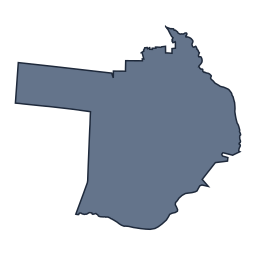 the district of Jiménez, Coahuila, Mexico
{"feature_id": "50627088B62617687912347", "entity_name": "Jiménez", "entity_type": "district", "adm_level": 2, "iso_a3": "MEX", "parent_name": "Mexico", "parent_adm1": "Coahuila", "projection": "orthographic", "projection_center": [-100.845, 29.005], "detail": "fine", "context": "isolated", "style": "filled", "palette": "slate", "viewbox_px": 256, "rotation_deg": 0, "n_neighbors": 0, "source": "geoboundaries", "source_scale": "gbopen_adm2", "svg_char_len": 5349}
<svg xmlns="http://www.w3.org/2000/svg" viewBox="0 0 256 256"><path d="M208.3,186.4L202.2,179.4L205.0,175.8L214.4,163.8L215.4,162.6L227.5,161.1L227.9,157.6L222.5,156.0L221.7,154.3L222.9,152.7L232.7,155.2L233.8,154.6L239.9,151.7L239.0,151.2L238.8,150.9L238.7,150.5L238.8,149.9L238.9,149.5L239.0,148.9L239.5,147.5L239.6,147.3L239.6,147.2L239.8,147.0L240.0,146.7L240.1,146.4L240.2,145.9L240.3,145.6L240.2,145.4L240.2,145.0L240.0,144.6L239.8,144.3L239.7,144.2L239.5,144.3L239.3,144.3L239.2,144.2L239.1,143.8L239.1,143.6L239.2,143.3L239.4,143.1L239.5,142.8L239.9,142.6L240.2,142.4L240.3,142.3L240.4,141.9L240.5,141.4L240.4,140.9L240.3,140.3L240.0,139.7L239.8,139.0L239.7,138.1L239.7,136.2L239.8,135.8L239.8,135.7L240.5,135.0L240.6,134.9L240.6,134.4L240.4,133.7L240.2,133.0L240.0,132.7L239.5,131.7L239.5,131.3L239.6,130.8L239.7,130.2L239.7,129.9L239.2,128.1L238.9,126.9L238.3,125.1L237.8,124.1L237.2,123.3L236.5,120.7L235.9,118.2L235.5,116.1L235.0,112.9L234.9,112.2L234.8,111.4L235.0,108.8L234.9,106.5L234.6,102.6L233.7,99.4L233.1,96.9L232.1,95.3L231.9,94.4L231.6,93.3L230.8,92.1L229.8,90.8L229.1,89.9L228.1,89.1L225.9,88.1L223.5,87.1L223.4,87.1L222.3,86.9L220.5,86.4L220.3,86.4L220.2,86.3L218.9,85.4L217.4,84.5L215.3,83.3L214.7,82.8L214.3,82.3L213.4,81.2L213.0,80.8L212.0,80.0L211.5,79.4L211.0,79.0L210.7,78.5L210.6,78.3L210.6,78.0L210.7,77.6L210.8,77.2L211.0,76.9L211.2,76.3L211.3,75.9L211.2,75.7L210.5,74.9L210.1,74.5L209.4,73.9L208.2,73.3L207.6,73.2L206.9,73.1L206.3,72.9L206.1,72.9L205.2,72.4L204.5,72.1L204.4,72.1L204.1,72.4L203.6,72.0L203.2,71.7L202.8,71.3L202.8,71.2L202.8,69.8L202.7,69.5L202.6,69.3L202.4,69.2L202.2,69.1L201.9,69.0L201.7,69.1L201.4,69.2L201.2,69.1L200.8,68.9L200.6,68.9L200.4,68.7L199.8,68.2L199.7,68.0L199.6,67.7L199.5,67.3L199.3,67.1L199.1,66.9L198.8,66.7L198.7,66.7L198.9,66.2L199.1,65.8L200.6,64.1L201.4,63.0L201.9,62.1L202.0,61.6L202.1,61.0L202.1,60.2L202.0,59.6L201.9,58.9L201.6,58.2L201.1,57.1L200.9,56.9L200.6,56.8L199.7,56.7L199.1,56.9L198.9,56.8L198.7,56.7L198.5,56.1L198.5,55.6L198.5,55.0L198.9,54.0L199.0,53.6L199.2,53.3L199.4,52.8L199.4,52.7L198.9,52.3L198.7,52.0L198.6,51.9L198.4,51.3L198.0,50.3L197.8,50.0L197.5,49.7L197.1,49.5L197.0,49.4L196.9,49.3L196.9,49.1L197.0,48.9L196.6,48.0L196.4,47.4L196.1,46.8L195.8,46.4L195.7,46.3L195.4,46.4L195.2,46.5L193.8,47.2L193.7,47.2L193.2,47.0L192.9,46.8L192.6,46.4L192.4,46.1L192.2,45.5L192.1,45.1L192.0,44.6L192.0,44.1L192.1,43.7L192.4,43.1L192.7,42.4L192.9,41.7L192.9,41.2L192.7,40.5L192.3,40.0L191.8,39.4L191.3,38.8L190.7,38.3L189.9,37.8L189.2,37.5L188.6,37.2L188.0,37.1L187.4,36.9L186.9,36.9L186.3,37.0L186.0,37.0L185.9,36.9L185.8,36.7L185.8,36.2L185.8,35.9L186.1,35.6L186.4,35.3L186.7,34.7L186.8,34.3L186.9,34.1L186.9,33.8L186.8,33.5L186.6,33.2L186.4,33.0L186.0,33.0L185.5,33.0L185.2,33.0L184.7,33.2L184.1,33.6L183.6,33.9L183.2,34.0L182.7,34.0L181.6,33.9L181.1,33.9L180.7,34.1L180.3,34.1L179.9,34.0L179.4,33.8L178.1,33.0L178.0,32.9L177.8,32.6L177.7,32.3L177.5,31.9L177.2,31.6L176.8,31.4L176.5,31.2L176.0,30.7L175.8,30.5L175.5,30.2L175.4,30.2L175.0,30.2L174.7,30.3L174.1,30.1L173.9,29.8L173.9,29.5L173.8,29.2L173.6,29.0L173.4,28.8L173.2,28.8L172.9,28.7L172.5,28.8L172.2,28.8L171.8,28.8L171.3,28.6L171.2,28.6L170.9,28.8L169.6,28.4L167.1,27.5L166.4,27.2L165.8,26.8L165.7,26.7L165.7,26.8L166.1,27.1L166.7,27.5L166.8,28.2L168.0,29.5L169.9,33.3L171.6,36.4L173.0,37.7L172.4,39.3L172.1,39.4L172.1,41.0L172.5,40.9L172.5,41.6L172.4,41.9L172.5,41.8L172.8,42.6L173.7,42.5L174.0,42.3L175.1,41.7L175.4,42.2L175.4,48.2L172.0,48.6L172.0,53.3L168.3,53.0L165.6,52.9L165.5,46.3L161.6,46.8L161.0,47.3L158.5,47.2L157.4,47.1L155.6,47.1L155.8,48.2L152.3,48.2L152.4,49.4L149.7,49.3L149.7,47.6L149.4,47.6L148.9,48.2L147.7,48.8L147.5,48.6L147.4,48.1L147.2,47.5L144.7,47.8L144.4,48.7L144.2,49.2L144.0,49.6L143.6,50.1L143.7,50.5L143.6,50.9L143.7,51.2L141.7,52.4L141.9,52.5L142.0,52.6L141.9,52.7L142.1,52.7L143.8,59.0L142.3,58.9L142.4,60.8L125.7,60.7L125.5,69.1L125.5,71.2L113.4,71.1L113.3,77.9L111.7,73.1L98.4,71.6L66.1,67.9L52.1,66.3L18.3,62.6L15.4,103.1L19.9,103.5L23.1,103.9L45.5,106.2L49.1,106.5L60.5,107.8L71.7,109.1L90.5,111.7L90.3,115.4L90.0,124.5L89.7,129.8L89.5,134.6L88.6,156.6L88.2,166.5L87.7,180.5L87.4,182.6L84.8,189.8L83.8,192.6L79.4,204.5L75.8,214.2L76.6,214.4L78.3,214.6L78.7,214.5L79.2,213.4L79.6,213.2L80.1,213.0L80.8,213.1L81.4,213.3L82.2,213.9L83.5,214.1L84.1,214.4L84.9,214.3L85.4,214.2L85.8,214.1L86.3,214.2L86.9,214.0L87.3,213.8L87.8,213.5L88.3,213.1L89.1,212.7L89.7,212.6L90.3,212.7L91.5,212.9L92.0,213.2L91.9,213.4L92.0,213.7L92.1,213.9L92.4,214.1L92.8,214.2L93.0,214.3L93.3,214.2L93.6,214.0L94.1,214.0L94.9,213.8L95.5,213.6L95.9,213.5L96.5,214.1L97.1,214.4L97.5,214.6L97.7,214.8L98.3,215.8L98.5,216.0L99.0,216.3L100.3,216.7L101.7,216.8L103.3,216.9L103.6,216.9L104.9,216.8L105.5,217.1L107.0,217.0L108.0,217.1L109.7,217.8L111.0,218.7L111.9,219.0L114.3,220.4L117.2,222.2L119.1,223.7L121.3,225.1L124.1,226.2L125.6,226.1L128.8,226.4L133.5,227.5L135.7,227.8L140.8,228.6L145.7,229.1L150.1,229.3L154.9,228.5L158.2,226.8L162.1,223.9L166.4,220.0L168.4,216.8L169.1,215.5L169.6,214.4L172.1,213.2L175.3,212.5L177.4,211.2L177.6,209.7L176.3,206.6L175.3,204.9L175.5,202.6L177.2,200.8L179.0,198.1L182.0,195.4L185.4,193.5L188.0,193.1L192.1,192.6L195.2,191.8L197.0,190.9L198.5,188.1L199.8,185.8L201.8,185.0L204.4,185.5L208.3,186.4Z" fill="#64748b" stroke="#1e293b" stroke-width="1.5"/></svg>